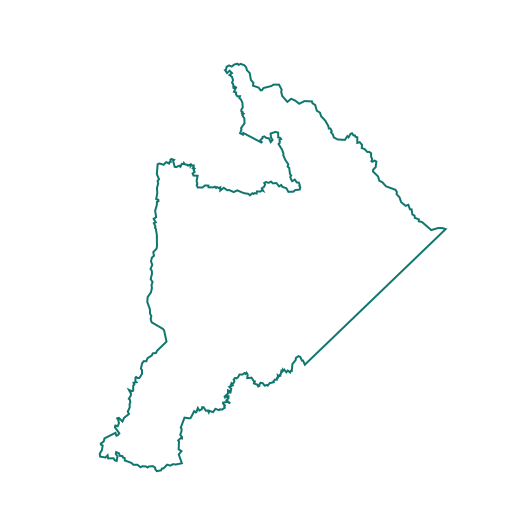 the district of Maceo, Antioquia, Colombia, rotated 169°
{"feature_id": "7082276B28427937115124", "entity_name": "Maceo", "entity_type": "district", "adm_level": 2, "iso_a3": "COL", "parent_name": "Colombia", "parent_adm1": "Antioquia", "projection": "natural_earth1", "projection_center": [-74.692, 6.525], "detail": "fine", "context": "isolated", "style": "outline", "palette": "teal", "viewbox_px": 512, "rotation_deg": 169, "n_neighbors": 0, "source": "geoboundaries", "source_scale": "gbopen_adm2", "svg_char_len": 6091}
<svg xmlns="http://www.w3.org/2000/svg" viewBox="0 0 512 512"><g transform="rotate(169 256 256)"><path d="M130.7,344.8L132.5,348.0L135.0,347.7L133.9,353.2L135.6,354.0L135.9,355.5L137.3,355.8L138.4,358.2L139.9,357.8L142.5,354.8L143.5,356.2L146.5,353.0L153.6,354.8L156.9,357.4L157.5,361.0L158.8,363.1L157.8,364.2L158.6,366.9L160.2,367.2L160.2,369.8L162.2,375.7L165.4,380.7L165.9,384.5L168.6,387.1L169.1,393.0L171.4,395.1L171.6,397.1L178.9,398.8L184.5,397.2L188.0,401.2L191.5,403.6L195.8,401.3L199.7,408.0L200.0,412.1L199.1,414.3L200.7,419.8L206.1,420.9L208.5,419.9L216.4,419.5L218.6,417.6L219.8,417.7L221.3,420.8L226.5,423.8L225.5,426.5L227.4,429.7L227.3,436.8L229.4,440.0L229.7,443.1L231.0,445.4L234.3,447.5L236.6,446.9L237.5,448.3L240.8,448.1L243.7,446.6L246.1,448.2L248.7,447.4L250.0,444.4L250.9,444.3L249.5,441.1L246.6,442.9L244.7,440.1L247.5,438.7L245.4,436.5L245.0,433.0L246.5,430.6L245.6,429.2L246.1,425.3L245.1,424.7L244.4,426.1L243.4,425.3L246.3,421.4L244.3,420.3L244.8,418.4L243.8,416.3L241.3,415.9L242.2,414.3L240.9,412.4L240.1,409.0L240.7,404.3L242.5,402.4L242.8,400.7L241.6,399.7L242.5,398.7L241.1,397.9L242.6,396.8L241.2,393.3L242.0,388.4L246.3,384.4L246.1,382.9L248.2,379.6L245.7,377.6L245.0,379.2L229.1,366.4L228.6,366.8L229.7,368.1L229.4,369.2L227.2,370.3L226.8,371.6L225.0,371.8L223.4,370.0L220.9,369.0L219.8,365.0L217.6,366.8L218.7,369.4L218.3,373.4L213.4,374.1L210.7,372.9L211.6,368.2L209.8,367.4L209.1,366.0L210.7,365.6L211.0,362.7L212.5,361.6L210.1,355.3L209.5,351.4L210.0,349.6L208.9,344.8L206.8,339.9L207.9,337.7L206.6,336.1L207.0,330.0L206.1,328.3L207.3,327.0L206.9,324.4L206.2,322.5L203.4,323.6L201.9,320.4L199.9,319.8L199.5,317.2L200.1,316.6L199.4,315.0L200.4,312.9L205.1,313.2L206.9,312.0L212.0,312.8L213.3,316.8L216.9,318.8L217.7,320.9L220.0,319.9L222.1,323.7L225.6,324.1L227.1,326.2L229.5,325.4L232.2,326.7L234.0,326.1L233.4,324.6L234.8,322.4L237.4,321.3L236.6,318.7L237.6,319.5L239.3,318.4L242.8,319.2L243.5,317.2L245.4,318.0L246.6,317.4L247.6,318.3L250.4,316.7L251.7,318.5L256.1,320.1L261.9,324.0L265.7,323.0L269.8,325.9L271.7,326.0L274.6,329.1L278.6,327.1L277.9,330.2L279.6,329.8L281.1,331.1L282.2,330.4L283.2,331.9L284.6,331.5L289.5,332.5L289.3,334.2L292.7,335.0L295.4,333.4L300.1,334.4L300.7,336.9L299.8,337.9L300.0,341.0L298.0,345.9L302.0,346.9L302.5,349.0L300.2,350.3L300.8,352.6L299.8,353.4L301.2,354.3L300.1,355.1L299.9,356.8L301.2,356.8L302.0,357.9L303.1,356.8L302.9,358.4L305.4,357.7L305.8,358.6L308.0,359.3L309.0,361.0L309.4,360.1L311.3,360.6L313.2,358.0L314.2,359.3L317.3,358.5L318.8,359.0L319.2,365.1L318.1,366.0L320.6,367.4L321.6,366.9L321.7,364.7L322.8,364.9L323.7,363.3L326.2,365.3L329.3,363.2L333.0,365.2L335.0,364.9L337.7,355.4L336.6,349.9L338.3,348.3L338.2,345.7L340.2,341.8L340.9,336.6L343.1,330.9L341.2,329.8L341.3,328.4L342.9,328.1L343.5,325.2L346.4,319.6L346.6,313.2L349.4,312.0L348.0,308.2L350.0,307.7L349.1,304.3L349.8,303.0L349.2,302.1L349.3,295.7L351.3,284.6L352.2,282.2L356.1,279.4L356.1,275.7L358.5,274.3L360.1,270.8L359.5,267.1L362.0,263.4L361.1,261.6L361.5,258.3L363.8,253.5L362.5,250.2L364.1,247.4L364.3,244.4L366.0,240.5L370.2,236.3L371.5,231.6L370.3,223.9L371.0,219.6L370.2,217.0L371.4,214.3L371.1,210.8L361.3,202.2L360.4,200.4L360.2,189.0L371.2,181.9L372.6,179.9L375.9,180.1L377.3,178.2L382.0,176.4L383.8,173.6L386.2,174.2L388.3,172.4L390.5,167.3L389.7,165.9L390.3,162.2L393.6,158.6L395.5,158.7L396.7,160.1L397.5,159.7L398.3,156.1L397.5,154.9L400.4,154.9L400.0,153.0L401.2,152.3L402.3,147.2L403.6,146.9L406.3,148.9L405.0,144.6L405.5,142.9L408.1,140.1L407.2,139.0L407.3,136.3L408.4,134.6L408.8,131.5L411.6,127.7L410.8,125.2L416.4,122.3L418.7,119.0L421.5,123.3L423.2,123.1L422.4,120.8L422.5,117.9L424.3,115.3L426.4,116.4L427.2,114.9L424.0,108.0L425.9,106.4L427.4,106.3L427.7,109.2L439.5,105.9L441.0,102.9L444.2,101.5L444.2,100.4L442.7,99.3L444.2,95.0L447.1,91.7L447.3,88.9L442.3,86.9L439.7,88.7L439.8,85.6L434.4,84.6L433.6,82.4L431.9,81.4L430.2,85.8L431.4,88.5L430.7,90.2L428.1,88.4L427.8,85.8L425.3,85.1L425.0,83.5L423.5,82.8L423.8,80.3L417.8,76.7L416.1,74.4L412.2,73.7L409.8,70.7L407.6,71.3L404.2,70.4L402.7,69.1L401.5,69.8L397.3,69.4L395.4,67.5L395.5,65.7L394.4,63.7L390.1,63.7L388.8,65.4L387.4,65.1L383.1,68.1L380.0,66.6L377.2,67.5L374.5,66.6L368.3,66.7L369.7,75.9L366.4,78.7L368.8,81.0L367.0,88.5L367.6,89.8L364.7,91.6L363.5,91.0L363.2,92.4L364.5,94.9L362.6,98.1L362.0,100.6L362.6,101.9L357.0,111.0L352.4,109.3L350.9,109.6L346.3,115.5L344.9,113.9L344.3,114.2L342.1,117.9L341.1,115.1L338.5,115.9L337.5,117.9L336.3,117.5L334.7,113.6L332.9,113.6L332.2,111.4L331.3,113.0L328.0,110.9L325.0,113.7L321.7,111.7L320.7,112.4L318.7,111.7L315.6,113.0L315.9,114.6L315.0,115.2L316.5,117.4L316.3,118.4L312.1,118.3L309.4,116.3L312.5,120.0L310.5,121.5L311.2,122.8L309.9,122.7L309.7,123.6L312.8,124.1L313.4,123.3L313.6,124.0L309.8,126.3L309.1,129.5L307.6,128.6L307.5,126.0L305.6,130.4L307.2,132.6L303.4,133.4L303.6,134.2L305.3,134.2L304.3,135.8L303.7,135.0L302.0,135.8L301.1,137.3L301.5,138.9L299.8,140.3L298.7,139.6L296.9,140.3L294.8,142.8L292.0,142.2L289.6,143.3L288.9,142.3L287.6,143.3L286.8,141.0L287.9,137.8L283.6,137.4L282.0,133.4L281.1,133.1L281.8,131.6L283.1,131.7L279.3,129.5L278.7,127.5L277.4,127.9L277.1,129.4L275.7,130.7L273.8,130.0L272.2,127.0L270.1,127.4L269.2,126.5L266.8,128.6L262.7,128.7L262.8,129.6L260.9,131.1L259.2,130.6L258.5,132.4L257.7,132.4L257.4,134.5L256.7,133.4L255.0,133.8L255.3,134.8L254.3,135.2L253.0,138.4L252.3,137.8L251.9,138.6L251.8,137.8L250.0,139.2L248.5,136.1L246.7,137.5L244.8,135.2L243.9,136.5L242.9,136.2L240.8,143.1L237.0,146.2L236.2,148.4L233.4,149.6L231.7,148.3L230.9,144.6L229.8,144.4L228.8,140.0L64.7,246.2L67.5,247.8L71.8,248.7L79.0,248.0L86.6,257.7L89.6,259.0L89.2,260.9L92.8,263.1L92.7,265.4L94.6,267.0L94.4,272.1L96.0,272.5L96.7,277.2L99.6,276.7L103.3,281.3L103.9,286.2L106.2,289.9L105.5,292.0L106.5,294.4L115.1,299.6L117.9,304.3L120.6,306.4L121.0,310.8L125.0,316.6L124.6,318.3L121.6,320.4L119.8,325.7L121.2,327.0L123.7,326.3L124.6,326.9L123.4,329.1L124.1,331.2L123.4,334.9L124.9,336.5L126.9,336.9L129.0,340.2L131.6,341.8L130.7,344.8Z" fill="none" stroke="#0f766e" stroke-width="2"/></g></svg>